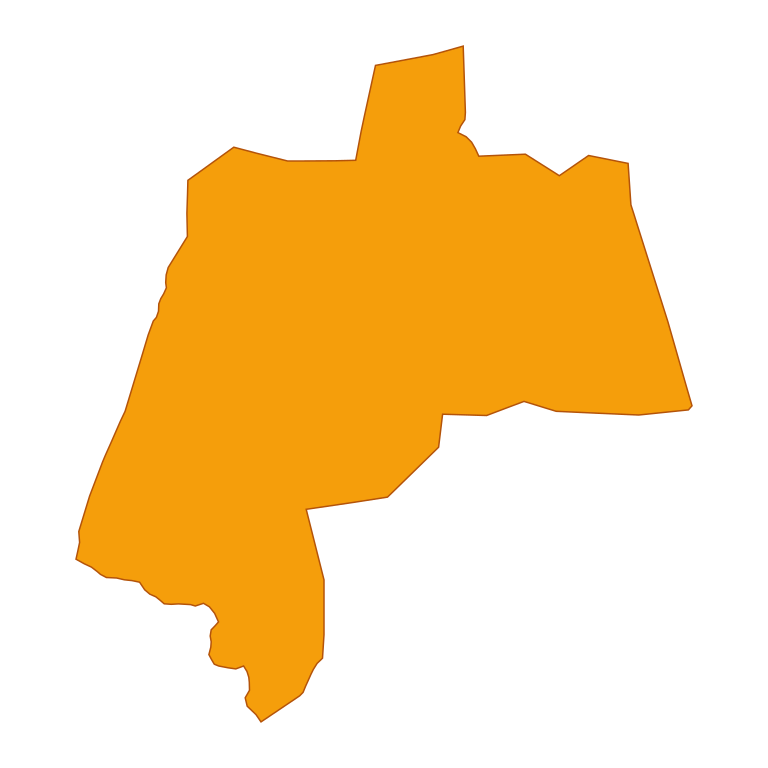 Jaicós, Piauí, Brazil (Mercator projection)
{"feature_id": "56859067B77828111309856", "entity_name": "Jaicós", "entity_type": "district", "adm_level": 2, "iso_a3": "BRA", "parent_name": "Brazil", "parent_adm1": "Piauí", "projection": "mercator", "projection_center": [-41.242, -7.409], "detail": "fine", "context": "isolated", "style": "filled", "palette": "amber", "viewbox_px": 768, "rotation_deg": 0, "n_neighbors": 0, "source": "geoboundaries", "source_scale": "gbopen_adm2", "svg_char_len": 1657}
<svg xmlns="http://www.w3.org/2000/svg" viewBox="0 0 768 768"><path d="M628.1,163.4L588.6,155.5L559.3,175.7L536.6,161.3L525.4,154.2L478.8,156.2L475.4,148.8L471.6,142.2L466.2,136.8L457.9,132.6L460.6,126.1L464.9,119.6L465.4,112.5L463.2,46.1L433.0,54.6L375.5,65.4L366.3,107.4L364.6,115.1L361.1,131.6L355.7,160.3L335.0,160.8L301.6,161.0L287.6,161.0L255.7,153.0L233.8,147.2L187.9,180.3L187.5,194.8L186.9,213.3L187.4,236.5L168.2,267.5L166.2,274.8L165.7,282.6L166.4,287.8L163.7,293.8L160.8,298.6L158.8,303.8L158.5,311.3L156.4,317.4L153.3,321.0L148.2,334.9L142.6,353.6L125.1,411.3L120.4,421.2L111.4,441.8L105.2,455.7L102.6,461.9L89.6,496.1L78.8,531.5L79.6,542.5L77.8,551.1L76.0,559.2L84.1,563.7L91.4,567.1L96.9,571.3L100.5,574.4L106.4,577.5L116.6,578.0L124.4,579.8L132.0,580.6L139.6,582.2L144.7,589.8L149.9,594.2L155.8,596.8L159.8,600.0L164.2,603.8L171.2,604.3L178.4,603.9L185.7,604.3L190.6,604.6L195.3,606.0L203.5,603.3L209.4,606.8L214.6,613.3L218.5,621.9L214.9,626.0L211.2,629.8L210.2,636.0L211.2,641.8L210.8,647.2L208.9,654.6L211.5,659.5L214.3,664.2L218.7,666.0L228.1,667.8L235.8,668.9L243.6,666.0L247.0,671.5L248.8,677.3L249.3,682.2L249.5,690.3L245.2,697.8L247.2,706.2L256.0,714.6L261.0,721.9L299.7,695.8L303.1,692.3L305.5,686.4L308.0,680.9L310.9,674.4L313.4,669.3L317.1,663.4L322.5,658.2L324.0,634.6L324.0,600.2L324.0,579.9L306.2,509.3L354.1,502.3L387.5,497.1L394.2,490.6L438.6,447.2L442.6,414.2L459.7,414.7L486.6,415.5L508.0,407.4L524.0,401.4L545.1,407.9L556.2,411.3L597.6,413.2L602.5,413.4L638.7,415.0L688.4,409.9L692.0,405.8L686.1,385.5L667.9,321.8L637.2,224.7L634.1,214.8L630.9,204.8L628.1,163.4Z" fill="#f59e0b" stroke="#b45309" stroke-width="1.5"/></svg>